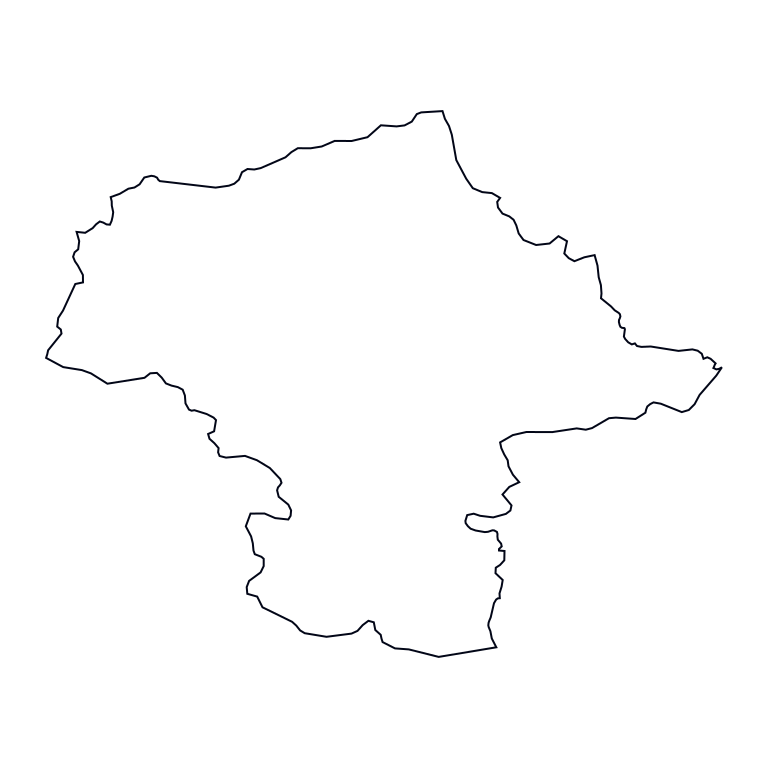 the border of Masovian
{"feature_id": "POL-3148", "entity_name": "Masovian", "entity_type": "Voivodeship", "adm_level": 1, "iso_a3": "POL", "parent_name": "Poland", "parent_adm1": "", "projection": "equal_earth", "projection_center": [21.23, 52.228], "detail": "fine", "context": "isolated", "style": "outline", "palette": "ink", "viewbox_px": 768, "rotation_deg": 0, "n_neighbors": 0, "source": "natural_earth", "source_scale": "10m", "svg_char_len": 3450}
<svg xmlns="http://www.w3.org/2000/svg" viewBox="0 0 768 768"><path d="M442.5,111.1L444.9,118.8L449.0,126.0L451.8,134.7L456.3,160.1L466.2,178.7L472.8,188.2L482.2,192.1L491.9,193.1L500.1,197.9L497.2,201.9L498.0,207.5L502.5,213.6L509.3,216.4L513.6,219.8L516.3,225.4L518.7,233.5L523.5,240.0L536.1,245.0L549.6,243.5L558.4,236.2L567.0,241.2L564.3,253.5L568.8,258.2L574.4,261.2L584.3,257.3L594.6,255.1L597.5,265.6L598.7,277.2L600.9,285.1L601.5,293.5L601.0,298.3L611.0,306.4L614.7,310.3L618.7,312.9L619.9,314.2L620.4,316.4L619.8,318.3L619.0,320.0L618.9,322.0L619.6,324.9L620.4,326.8L621.9,327.8L624.4,328.1L624.9,329.2L623.9,336.6L625.2,339.0L628.2,342.3L631.8,344.4L634.9,343.4L637.0,346.0L641.4,346.9L650.7,346.5L678.5,350.9L692.4,349.4L697.7,350.7L701.8,353.8L703.5,358.8L707.3,357.3L710.6,358.8L715.6,363.4L714.8,364.7L713.9,367.0L713.4,368.0L716.4,369.4L719.2,368.8L721.9,367.3L716.3,375.6L699.6,394.9L694.6,404.2L688.8,410.0L681.8,412.1L660.8,403.7L653.5,402.4L650.2,404.1L647.3,406.5L646.2,409.4L645.4,412.7L635.5,419.0L615.9,417.6L609.0,418.2L592.0,428.1L585.8,429.7L576.7,428.4L552.2,432.1L526.4,432.0L512.8,435.1L500.1,442.4L501.3,448.1L504.2,454.4L507.7,460.3L508.5,466.3L512.9,474.7L519.2,482.2L509.3,486.9L502.5,494.5L511.5,505.4L510.4,510.5L505.9,513.9L493.2,517.4L480.1,515.8L473.7,513.7L467.2,515.1L465.4,520.9L465.7,523.2L467.9,526.2L470.6,528.7L475.6,530.5L484.8,532.1L488.0,531.8L492.4,530.3L494.1,530.4L496.9,531.9L497.5,533.9L497.4,536.5L497.8,539.7L501.1,543.6L501.7,546.4L499.0,549.0L499.0,550.5L504.5,551.0L504.3,560.3L500.0,565.0L495.8,567.7L495.5,573.2L502.7,580.0L501.6,586.6L499.5,593.4L499.8,598.2L497.8,598.4L496.1,599.6L494.0,603.2L490.7,617.4L489.3,620.7L488.6,622.7L488.3,625.3L488.7,627.1L490.4,631.2L491.8,638.5L496.3,647.3L438.7,656.9L408.8,649.4L395.0,648.4L382.6,642.1L381.5,638.6L380.7,634.8L375.3,630.0L373.8,622.3L368.4,620.8L362.7,625.1L357.5,630.9L351.5,633.6L326.5,636.8L304.7,633.2L300.1,630.4L296.3,625.6L292.1,621.8L262.5,607.3L257.2,596.6L247.3,593.8L246.7,587.1L249.1,580.9L260.6,572.4L263.7,566.1L263.7,558.8L261.4,556.8L254.8,554.2L253.5,550.6L252.8,543.3L251.1,536.4L245.8,526.3L250.5,513.6L264.5,513.5L275.2,518.1L288.3,519.5L290.6,515.8L291.1,510.4L288.3,504.6L278.7,496.8L277.1,490.3L278.0,487.4L279.8,485.4L281.5,482.8L280.3,479.1L269.8,468.0L256.9,460.2L245.0,455.9L226.0,457.6L219.6,456.0L218.1,452.3L218.6,448.1L214.3,443.1L209.5,438.8L208.1,434.0L214.1,431.3L216.0,420.1L213.6,417.6L206.6,414.0L194.4,410.2L191.6,410.7L189.0,409.6L185.5,403.4L184.9,395.5L182.7,389.7L177.8,387.1L171.5,385.6L165.9,383.4L161.7,377.6L156.9,372.9L150.2,373.3L144.5,377.8L107.4,383.7L91.0,373.4L81.9,370.1L63.2,367.1L46.1,357.9L47.3,354.1L48.1,350.3L61.5,333.6L60.8,329.5L57.2,326.6L58.2,318.0L63.0,310.6L75.3,284.0L83.0,282.4L82.9,275.0L77.9,265.6L75.0,261.4L73.1,256.8L74.6,252.3L78.2,249.3L79.2,241.1L76.6,231.9L85.2,232.8L92.7,228.1L96.1,224.3L99.8,221.5L103.3,222.6L106.5,224.4L109.9,224.7L111.6,220.9L112.6,216.6L113.2,212.2L111.8,205.6L111.7,201.3L110.7,197.1L119.8,193.8L128.4,188.7L134.5,187.5L139.6,184.3L144.3,177.5L151.3,175.8L154.3,176.3L157.1,177.7L158.2,179.7L159.8,181.1L215.6,187.6L228.9,185.7L234.3,183.7L238.9,179.7L242.0,172.2L247.5,169.0L254.3,169.5L260.7,168.1L285.5,157.3L291.4,152.1L297.8,148.2L310.5,148.3L321.7,146.5L334.7,140.9L351.6,141.0L367.5,137.2L380.9,125.3L396.6,126.4L404.6,125.4L411.8,121.6L416.8,114.1L421.2,112.4L442.5,111.1Z" fill="none" stroke="#020617" stroke-width="2"/></svg>